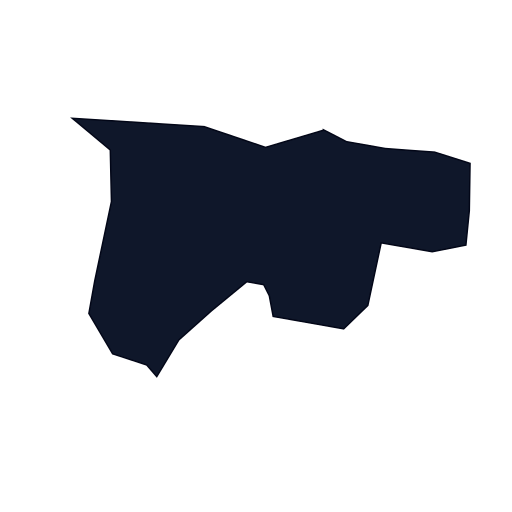 Kävlinge, Skåne, Sweden, rotated 10°
{"feature_id": "70781695B14589656511888", "entity_name": "Kävlinge", "entity_type": "district", "adm_level": 2, "iso_a3": "SWE", "parent_name": "Sweden", "parent_adm1": "Skåne", "projection": "albers", "projection_center": [13.079, 55.8], "detail": "fine", "context": "isolated", "style": "filled", "palette": "ink", "viewbox_px": 512, "rotation_deg": 10, "n_neighbors": 0, "source": "geoboundaries", "source_scale": "gbopen_adm2", "svg_char_len": 574}
<svg xmlns="http://www.w3.org/2000/svg" viewBox="0 0 512 512"><g transform="rotate(10 256 256)"><path d="M51.2,152.3L58.8,156.6L94.1,176.9L104.2,227.5L101.5,308.6L101.4,341.6L131.8,377.2L167.3,382.3L179.2,392.0L194.6,352.0L221.8,317.5L251.4,282.9L268.6,282.9L276.0,292.8L283.4,312.5L310.6,312.5L355.0,312.5L361.2,303.9L374.7,285.3L377.0,221.3L428.8,221.2L455.3,210.9L460.8,208.8L458.2,174.3L450.7,127.6L413.8,122.7L389.8,125.2L364.6,127.7L325.2,127.7L300.5,120.0L300.6,120.4L246.5,147.4L182.5,137.6L51.2,152.3Z" fill="#0f172a" stroke="#020617" stroke-width="1.5"/></g></svg>